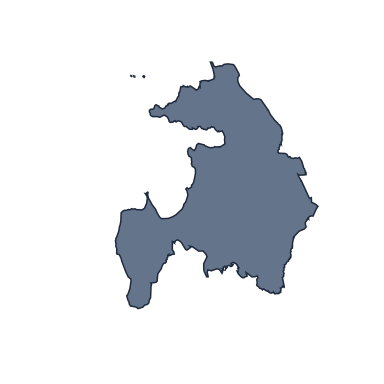 Musoma, Mara, United Republic of Tanzania, rotated 330°
{"feature_id": "72390352B7456768278221", "entity_name": "Musoma", "entity_type": "district", "adm_level": 2, "iso_a3": "TZA", "parent_name": "United Republic of Tanzania", "parent_adm1": "Mara", "projection": "equal_earth", "projection_center": [33.547, -1.825], "detail": "fine", "context": "isolated", "style": "filled", "palette": "slate", "viewbox_px": 384, "rotation_deg": 330, "n_neighbors": 0, "source": "geoboundaries", "source_scale": "gbopen_adm2", "svg_char_len": 6106}
<svg xmlns="http://www.w3.org/2000/svg" viewBox="0 0 384 384"><g transform="rotate(330 192 192)"><path d="M302.4,220.3L302.3,215.7L300.5,215.8L299.4,214.7L297.7,213.7L296.7,213.7L294.8,212.3L294.4,210.2L292.9,210.1L293.0,206.7L291.8,205.1L286.6,201.8L286.7,200.9L286.3,200.4L287.6,198.8L289.0,198.5L289.3,197.3L291.4,195.9L291.7,194.8L293.0,195.0L293.1,195.4L293.8,193.5L294.9,193.1L296.1,191.8L297.5,188.9L299.4,187.0L299.1,186.8L299.9,186.5L301.5,180.7L301.5,178.4L300.6,176.1L300.7,175.5L299.4,170.8L298.8,166.1L298.6,163.8L299.0,159.4L298.7,159.0L298.9,159.0L297.9,147.0L297.4,145.8L296.3,144.7L294.0,143.3L291.8,142.7L288.3,133.2L286.4,124.0L287.0,119.2L287.7,117.7L289.0,115.8L291.3,114.7L291.8,112.7L292.0,104.5L291.6,102.4L287.2,99.0L283.6,97.5L280.6,97.9L279.7,96.8L275.2,95.6L274.2,94.7L274.0,93.2L274.5,90.4L274.3,89.6L272.9,88.7L271.5,96.5L269.2,103.4L268.9,103.1L267.6,105.0L261.6,104.1L261.7,103.6L260.9,103.4L259.0,101.8L255.7,100.5L254.1,100.4L254.2,101.6L253.7,101.5L252.9,102.4L251.4,105.2L251.2,104.1L250.1,104.7L249.4,105.8L246.5,106.0L246.6,105.4L243.6,99.3L241.1,99.3L240.9,98.2L239.4,98.4L237.6,95.5L236.7,96.3L234.8,95.3L231.6,99.1L230.3,99.5L228.5,102.2L227.2,102.6L223.3,105.3L223.3,104.9L220.8,104.7L218.2,104.9L217.1,103.9L216.1,103.8L215.2,104.4L215.3,103.8L213.2,104.8L212.2,104.5L210.5,105.7L208.1,105.4L206.1,102.4L206.3,101.1L204.4,98.4L202.5,98.9L202.2,99.6L200.5,100.6L199.3,100.7L197.8,99.7L196.2,99.9L195.6,100.4L195.1,101.8L195.2,102.7L194.5,104.4L194.8,105.7L195.8,107.2L199.3,109.1L201.6,111.2L206.4,111.4L208.1,114.6L208.1,117.4L207.5,119.3L207.9,120.8L210.5,122.0L211.9,121.5L212.7,122.5L213.1,122.2L213.3,123.3L215.8,123.6L216.9,124.5L217.9,126.5L217.8,130.3L218.2,131.4L219.7,132.4L221.1,136.2L223.4,137.8L224.2,137.9L224.7,137.5L224.7,137.1L226.4,139.5L227.3,139.8L229.4,139.3L229.6,138.4L231.3,138.9L231.8,139.3L232.2,142.0L233.0,142.6L233.3,143.5L234.2,143.9L235.6,145.5L237.3,145.1L237.5,144.6L240.0,145.7L241.4,145.1L242.3,146.3L243.3,146.6L243.5,149.9L244.5,152.8L245.5,152.5L245.7,153.4L248.6,154.1L248.7,156.9L247.9,161.1L246.6,162.4L244.5,166.8L238.4,167.1L238.4,166.5L235.5,165.1L234.5,164.1L233.4,164.3L230.4,163.1L228.6,161.5L226.3,158.3L226.2,157.4L221.8,153.1L219.7,153.5L216.9,156.1L214.6,157.2L213.7,155.6L212.8,152.7L210.7,152.6L208.5,154.7L207.4,157.7L207.3,159.5L208.3,160.9L208.5,162.6L208.0,162.9L206.6,166.3L205.6,167.1L205.1,170.0L206.1,171.5L206.5,173.5L204.8,176.9L203.2,178.9L198.7,184.0L196.1,185.8L195.2,185.7L194.0,187.4L190.6,187.7L189.8,185.8L188.1,186.4L188.2,188.7L186.8,192.8L181.7,197.4L178.6,198.7L177.7,199.9L175.0,201.8L166.4,203.8L162.2,203.7L158.3,203.0L153.9,200.8L152.1,199.5L151.8,198.8L151.4,197.6L151.3,193.6L151.8,188.6L151.1,183.2L151.3,175.0L152.5,171.8L153.6,170.7L153.6,170.0L152.6,169.9L151.9,171.1L150.7,170.0L150.9,172.7L150.3,174.9L147.2,179.0L142.7,182.4L138.9,182.4L138.3,181.4L135.2,179.6L134.2,178.0L132.5,177.5L131.4,176.2L129.3,176.5L128.2,175.3L126.5,175.2L123.5,173.8L120.3,174.5L115.9,181.5L113.3,184.6L112.1,185.5L108.9,189.4L104.2,193.4L103.1,193.9L102.2,195.3L101.5,195.6L100.1,199.1L98.9,201.1L98.6,203.3L96.0,207.6L96.0,208.3L97.4,209.4L97.7,210.6L97.4,214.0L96.6,216.8L94.7,228.5L94.3,233.7L95.5,236.7L94.9,238.3L89.9,244.6L85.4,248.5L83.5,249.3L82.4,254.0L82.4,256.3L81.6,257.5L81.9,258.1L81.6,259.9L86.2,263.8L86.9,265.9L87.9,266.3L91.9,267.1L94.4,266.3L97.1,267.0L98.8,266.7L100.9,264.4L103.3,262.8L109.4,253.2L110.7,251.9L110.7,250.3L115.6,252.2L117.1,251.9L121.4,245.8L126.9,243.2L129.3,241.0L131.9,239.6L133.2,240.2L134.9,239.6L135.3,238.1L136.7,238.0L137.5,236.6L138.7,236.2L139.4,234.6L140.7,234.5L140.2,235.1L140.8,235.9L143.9,236.2L145.6,236.9L146.3,234.9L146.1,232.2L150.2,225.2L151.2,227.5L151.6,226.2L152.3,226.8L153.3,226.0L155.3,226.1L156.5,227.6L157.6,230.3L157.7,238.0L158.1,239.4L158.8,239.8L163.6,239.2L163.2,238.0L164.9,239.5L168.3,246.6L172.0,248.5L173.0,252.9L172.7,255.6L166.3,259.9L163.6,264.7L162.8,266.9L162.3,272.8L163.6,273.5L165.1,269.0L166.8,267.4L169.3,269.9L175.2,271.0L177.0,272.8L177.3,277.4L178.6,276.4L179.0,275.2L179.6,275.1L180.7,275.7L179.9,273.9L180.5,274.2L181.6,272.7L182.2,273.1L183.4,272.8L183.3,274.2L182.7,275.5L184.9,274.8L185.1,273.9L185.6,273.7L187.5,274.2L188.4,276.1L190.2,276.1L191.5,275.3L189.9,274.8L189.8,273.6L191.0,273.3L192.9,273.8L194.3,276.1L194.3,277.6L194.7,277.8L194.4,279.2L194.6,279.6L194.2,280.2L194.7,280.8L193.7,281.1L194.1,281.4L194.0,281.8L193.5,281.8L191.6,284.9L191.7,283.4L191.4,283.1L191.2,286.5L192.4,290.8L193.1,291.6L194.4,292.3L195.1,291.9L197.6,292.5L198.6,288.8L201.5,295.6L204.6,297.0L206.4,297.0L206.2,299.3L204.5,300.0L202.7,303.8L201.5,304.8L201.5,305.8L202.5,307.8L202.3,308.5L202.7,309.4L203.8,310.6L204.0,312.0L205.7,311.7L206.5,314.1L207.3,314.8L207.5,315.6L208.5,315.6L208.4,317.1L209.0,317.5L209.1,318.3L210.2,319.3L211.4,319.2L211.7,319.7L212.4,319.4L212.3,320.1L212.8,320.3L212.7,321.5L213.6,322.1L214.6,322.1L215.4,322.9L216.6,323.4L217.6,322.5L218.5,323.3L220.4,320.7L220.4,319.5L222.4,319.8L223.0,318.9L223.6,318.8L224.1,320.6L224.4,320.5L227.5,311.4L229.5,310.6L229.8,309.4L230.9,308.8L231.3,306.2L232.3,305.9L234.0,303.4L234.5,303.6L235.7,301.2L236.8,301.5L239.3,299.9L241.0,300.1L241.7,299.0L242.9,299.0L243.1,298.3L244.3,298.4L244.5,297.6L245.2,297.7L246.1,296.3L247.0,293.4L248.0,293.2L248.5,291.7L249.8,290.6L250.8,290.8L251.6,289.8L251.4,289.2L252.3,288.7L253.0,287.1L257.3,282.1L257.4,282.6L259.0,281.3L265.2,279.5L270.6,280.2L273.3,279.4L274.1,276.4L275.4,274.6L276.8,274.3L277.6,273.4L278.1,273.7L279.2,272.7L279.5,273.8L280.1,272.5L281.1,271.9L283.0,272.2L284.8,273.4L290.7,269.1L293.9,267.4L293.0,264.5L290.4,260.7L292.5,256.6L290.7,256.5L290.6,255.3L292.3,237.1L291.9,237.0L292.2,236.0L292.2,231.5L292.6,229.7L293.1,230.9L297.6,233.3L299.1,233.9L299.4,232.8L299.8,233.4L300.4,232.2L300.6,229.1L301.0,228.2L300.6,226.6L301.1,225.9L302.4,220.3ZM207.7,68.9L208.7,68.4L208.6,67.3L207.9,67.1L207.2,67.5L207.7,68.9ZM200.0,63.8L200.3,63.1L199.6,62.3L199.4,63.4L200.0,63.8ZM197.7,61.6L197.4,60.6L197.0,60.8L197.2,61.6L197.7,61.6Z" fill="#64748b" stroke="#1e293b" stroke-width="1.5"/></g></svg>